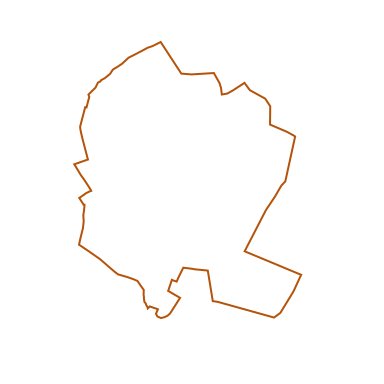 Katsina, Katsina, Nigeria (Mercator projection), rotated 111°
{"feature_id": "59680162B91304502238334", "entity_name": "Katsina", "entity_type": "district", "adm_level": 2, "iso_a3": "NGA", "parent_name": "Nigeria", "parent_adm1": "Katsina", "projection": "mercator", "projection_center": [7.634, 13.019], "detail": "fine", "context": "isolated", "style": "outline", "palette": "amber", "viewbox_px": 384, "rotation_deg": 111, "n_neighbors": 0, "source": "geoboundaries", "source_scale": "gbopen_adm2", "svg_char_len": 1545}
<svg xmlns="http://www.w3.org/2000/svg" viewBox="0 0 384 384"><g transform="rotate(111 192 192)"><path d="M63.2,275.0L69.8,281.0L73.1,285.0L83.8,294.3L89.3,299.3L97.4,303.3L101.9,306.5L106.2,309.8L111.1,310.8L117.0,314.2L120.4,317.1L121.5,317.1L123.5,319.0L129.2,319.5L138.1,323.6L140.0,322.0L150.9,320.8L151.1,322.1L158.3,321.3L170.9,319.9L172.7,319.1L176.0,317.1L180.7,313.9L189.8,307.4L199.0,300.8L202.6,305.1L208.3,311.8L216.3,301.5L219.0,297.3L222.5,292.4L224.2,290.1L226.2,287.4L227.0,286.5L228.9,288.5L231.1,290.5L238.0,295.1L242.4,289.0L242.7,288.8L242.4,287.8L245.0,287.0L248.2,286.1L252.5,285.2L258.2,282.6L265.0,280.8L267.1,280.6L274.9,279.6L281.7,278.6L283.6,270.3L284.3,267.3L285.6,262.0L287.7,253.7L294.2,235.7L295.4,231.5L294.6,222.0L294.4,215.3L294.6,211.0L297.5,206.8L300.8,201.9L305.2,200.4L307.1,199.3L308.7,198.7L311.7,197.0L312.2,196.0L312.9,195.0L314.2,194.0L315.0,192.7L316.5,191.6L314.0,190.4L313.7,183.4L313.7,181.8L318.6,182.0L320.6,179.7L320.8,175.8L318.9,173.1L316.5,170.7L314.5,169.5L312.6,168.8L295.1,165.2L292.9,178.8L281.2,179.3L281.3,177.9L281.1,174.2L276.3,174.0L265.8,173.0L263.3,163.0L263.4,162.6L259.7,149.1L286.4,133.5L285.3,128.3L279.8,70.4L273.2,66.2L256.5,63.1L248.1,61.6L235.5,60.8L230.2,60.4L228.5,121.6L182.3,116.5L166.6,112.9L154.1,110.9L148.6,108.7L103.3,115.6L103.0,116.3L101.8,125.0L101.1,143.3L83.9,149.7L78.6,157.1L76.2,174.5L71.3,182.1L82.9,190.5L87.5,194.4L90.3,199.1L84.6,202.1L80.4,205.4L73.1,214.2L82.4,234.6L85.3,244.4L63.2,275.0Z" fill="none" stroke="#b45309" stroke-width="2"/></g></svg>